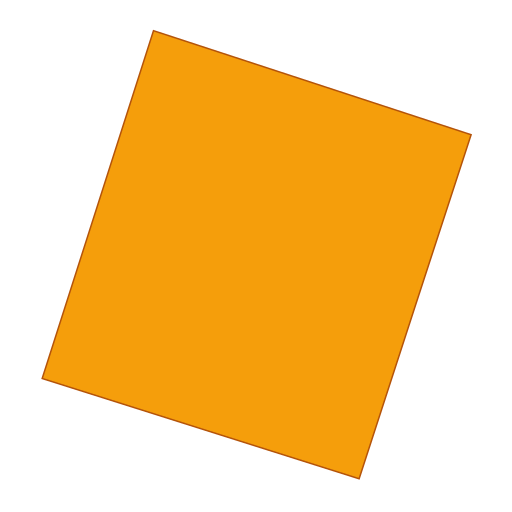 the district of Isabella, Michigan, United States of America, rotated 288°
{"feature_id": "52423323B85066348790949", "entity_name": "Isabella", "entity_type": "district", "adm_level": 2, "iso_a3": "USA", "parent_name": "United States of America", "parent_adm1": "Michigan", "projection": "natural_earth1", "projection_center": [-84.887, 43.641], "detail": "fine", "context": "isolated", "style": "filled", "palette": "amber", "viewbox_px": 512, "rotation_deg": 288, "n_neighbors": 0, "source": "geoboundaries", "source_scale": "gbopen_adm2", "svg_char_len": 237}
<svg xmlns="http://www.w3.org/2000/svg" viewBox="0 0 512 512"><g transform="rotate(288 256 256)"><path d="M73.4,90.5L76.0,422.9L257.2,422.9L437.8,423.1L438.6,88.9L73.4,90.5Z" fill="#f59e0b" stroke="#b45309" stroke-width="1.5"/></g></svg>